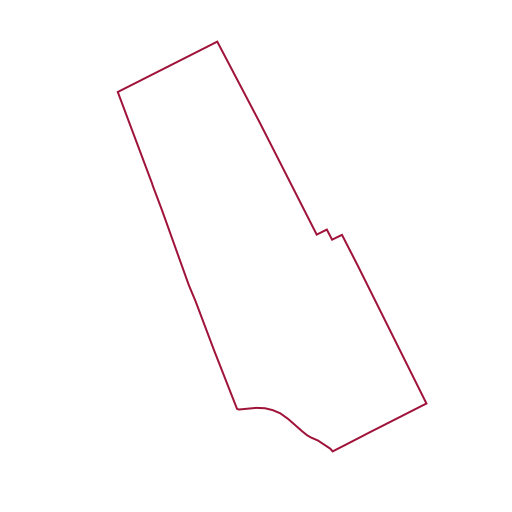 Tishomingo, Mississippi, United States of America, rotated 153°
{"feature_id": "52423323B71362276548625", "entity_name": "Tishomingo", "entity_type": "district", "adm_level": 2, "iso_a3": "USA", "parent_name": "United States of America", "parent_adm1": "Mississippi", "projection": "mercator", "projection_center": [-88.206, 34.729], "detail": "fine", "context": "isolated", "style": "outline", "palette": "rose", "viewbox_px": 512, "rotation_deg": 153, "n_neighbors": 0, "source": "geoboundaries", "source_scale": "gbopen_adm2", "svg_char_len": 563}
<svg xmlns="http://www.w3.org/2000/svg" viewBox="0 0 512 512"><g transform="rotate(153 256 256)"><path d="M171.1,47.2L169.7,201.4L169.8,235.8L180.8,236.0L180.9,247.4L192.2,247.5L192.1,373.1L193.2,464.6L304.7,464.9L315.2,372.1L315.7,367.4L316.0,366.2L318.9,340.0L326.2,283.1L329.1,260.4L330.4,243.1L336.1,191.8L342.3,128.5L341.0,127.0L324.8,120.6L317.3,116.4L315.4,114.8L311.1,111.1L305.8,104.8L301.3,96.1L294.5,79.0L291.9,73.2L289.4,69.3L284.6,63.5L277.3,50.6L276.4,47.1L241.8,47.2L239.0,47.3L171.1,47.2Z" fill="none" stroke="#9f1239" stroke-width="2"/></g></svg>